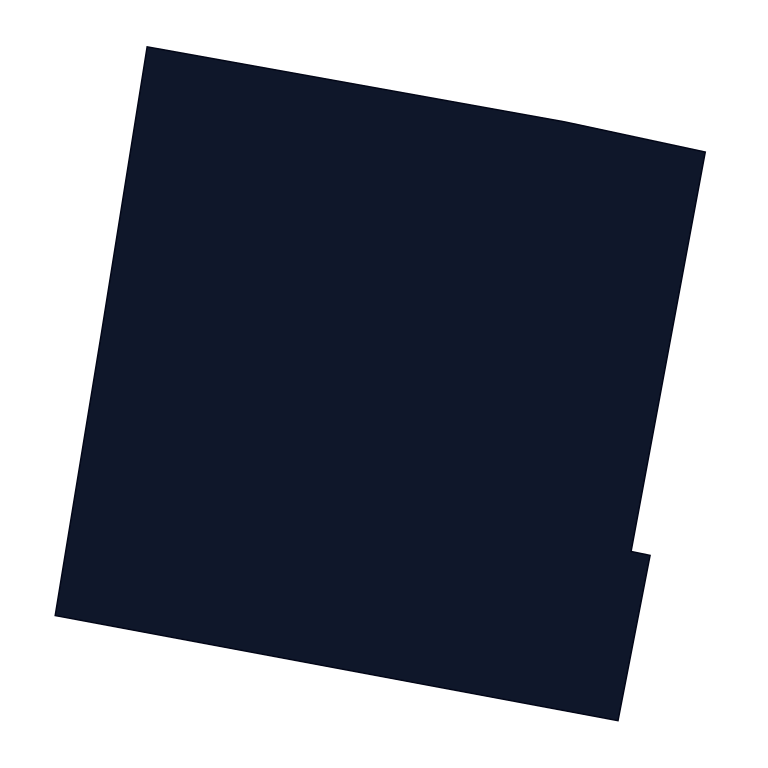 the district of Daviess, Missouri, United States of America, rotated 190°
{"feature_id": "52423323B47174682011417", "entity_name": "Daviess", "entity_type": "district", "adm_level": 2, "iso_a3": "USA", "parent_name": "United States of America", "parent_adm1": "Missouri", "projection": "orthographic", "projection_center": [-94.049, 39.961], "detail": "fine", "context": "isolated", "style": "filled", "palette": "ink", "viewbox_px": 768, "rotation_deg": 190, "n_neighbors": 0, "source": "geoboundaries", "source_scale": "gbopen_adm2", "svg_char_len": 273}
<svg xmlns="http://www.w3.org/2000/svg" viewBox="0 0 768 768"><g transform="rotate(190 384 384)"><path d="M95.1,93.1L92.2,261.4L111.6,262.0L107.9,668.2L251.0,673.5L675.8,674.9L671.1,385.6L667.6,98.9L95.1,93.1Z" fill="#0f172a" stroke="#020617" stroke-width="1.5"/></g></svg>